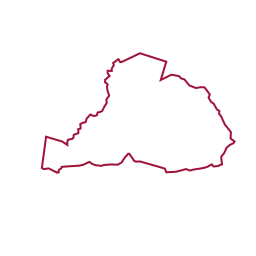 Ombúes de Lavalle, Colonia, Uruguay, rotated 159°
{"feature_id": "84410073B82922235042085", "entity_name": "Ombúes de Lavalle", "entity_type": "district", "adm_level": 2, "iso_a3": "URY", "parent_name": "Uruguay", "parent_adm1": "Colonia", "projection": "robinson", "projection_center": [-57.747, -33.963], "detail": "fine", "context": "isolated", "style": "outline", "palette": "rose", "viewbox_px": 256, "rotation_deg": 159, "n_neighbors": 0, "source": "geoboundaries", "source_scale": "gbopen_adm2", "svg_char_len": 3039}
<svg xmlns="http://www.w3.org/2000/svg" viewBox="0 0 256 256"><g transform="rotate(159 128 128)"><path d="M222.7,121.6L222.5,121.4L222.2,121.0L222.1,120.8L221.9,120.5L221.7,120.2L221.4,119.9L221.2,119.9L220.8,119.7L220.5,119.6L220.2,119.5L219.8,119.4L219.4,119.4L219.1,119.3L218.7,119.2L218.3,119.1L217.8,119.0L217.2,118.9L216.9,118.8L216.7,118.7L216.4,118.5L216.1,118.2L215.7,117.8L215.2,117.2L214.9,116.9L214.6,116.6L214.2,116.1L213.6,115.4L213.1,114.8L212.4,114.1L211.9,113.5L211.8,113.4L211.7,113.5L211.5,113.3L211.2,112.9L210.7,112.4L210.2,111.7L209.9,111.7L209.7,111.8L209.4,111.7L209.1,111.5L209.0,111.4L208.7,111.4L208.7,111.5L208.5,112.0L208.3,112.3L208.2,112.7L208.2,112.8L207.9,113.1L207.5,113.4L207.2,113.7L207.0,113.8L206.9,113.9L206.7,113.9L206.2,114.0L205.5,114.0L205.2,114.1L204.9,114.3L204.5,114.6L204.2,114.8L204.0,115.0L203.9,115.1L203.9,115.4L203.6,115.4L203.2,115.3L202.5,115.1L196.2,113.2L194.4,112.6L191.8,111.8L186.5,110.2L186.3,110.2L185.7,110.1L185.3,110.1L185.1,110.0L184.7,110.0L184.1,109.9L183.4,109.8L183.1,109.8L182.9,109.7L182.6,109.7L182.0,109.7L181.3,109.8L180.6,109.9L180.2,109.9L179.7,110.0L179.3,110.0L178.8,110.0L178.5,110.1L178.2,110.1L177.9,110.1L177.6,110.1L176.6,110.2L176.3,110.2L176.2,110.2L175.7,109.5L175.1,108.5L174.6,107.7L174.4,107.5L174.3,107.4L173.8,106.9L173.3,106.4L173.0,106.2L172.8,106.0L172.2,105.4L171.5,104.8L166.3,102.2L163.1,102.0L161.4,101.4L158.0,100.3L156.1,99.8L154.4,98.9L150.3,97.4L148.9,97.7L147.1,98.0L145.9,98.3L144.8,99.3L140.3,102.4L138.7,102.8L137.3,103.9L136.0,103.5L135.1,99.7L134.8,98.8L134.0,94.8L132.5,93.9L132.4,93.8L132.4,93.6L130.2,93.0L129.7,92.8L129.3,92.7L129.1,92.6L129.0,92.4L128.9,92.3L128.8,92.2L128.7,92.2L128.4,92.2L128.2,92.1L124.3,89.1L113.9,81.3L108.2,76.9L108.0,72.8L105.1,72.0L99.7,70.2L98.5,69.9L93.2,69.3L92.2,69.2L88.7,68.9L87.1,67.7L86.3,66.7L84.8,66.0L82.9,65.9L80.8,65.5L74.7,64.2L70.9,63.5L67.3,63.3L65.7,63.7L62.8,64.0L62.0,61.5L60.9,61.1L57.8,60.3L54.3,60.5L53.3,60.3L52.5,63.3L52.1,65.0L52.1,65.3L51.4,67.3L50.7,68.2L49.8,68.7L47.9,69.6L46.1,71.2L43.5,73.8L43.1,74.2L42.5,74.4L41.5,74.8L39.7,75.5L39.0,75.7L38.1,75.8L34.9,76.0L33.3,77.3L36.0,81.3L33.4,87.4L36.3,96.4L37.0,106.3L37.9,108.7L36.6,111.1L38.4,113.6L39.3,120.0L41.1,122.6L41.9,127.5L39.6,130.0L42.0,138.5L45.4,140.0L50.3,141.0L55.5,145.8L57.9,153.1L60.7,155.3L61.7,158.1L68.4,162.2L80.2,161.1L68.5,176.2L90.1,193.5L105.0,192.3L110.5,191.9L111.7,192.3L112.3,195.7L113.0,195.6L116.0,194.6L118.6,194.0L118.8,191.5L120.6,190.4L122.0,189.1L122.7,187.1L125.1,188.1L126.5,188.7L127.4,186.3L126.5,183.2L132.1,181.2L133.0,178.7L132.1,177.7L131.4,175.8L132.9,174.1L133.8,169.7L134.0,164.9L138.0,162.3L139.0,158.9L142.1,156.7L146.1,153.1L148.7,153.0L150.8,153.4L152.5,151.0L155.6,151.4L158.3,154.1L163.3,151.5L165.5,148.6L168.3,149.1L171.2,148.7L172.0,145.6L172.5,144.5L175.1,144.7L175.5,142.4L176.3,140.9L179.6,141.1L181.2,141.0L182.5,138.3L184.0,137.8L188.1,138.6L189.7,136.8L190.7,133.9L194.2,138.9L207.6,149.2L222.7,121.6Z" fill="none" stroke="#9f1239" stroke-width="2"/></g></svg>